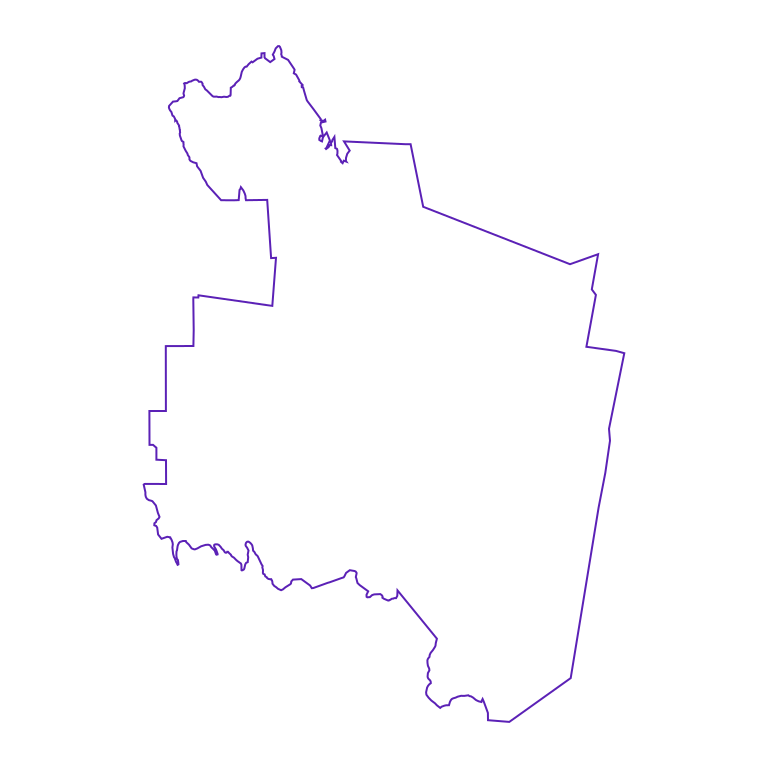 outline of Gómez Farías, Chihuahua, Mexico
{"feature_id": "50627088B93655982801806", "entity_name": "Gómez Farías", "entity_type": "district", "adm_level": 2, "iso_a3": "MEX", "parent_name": "Mexico", "parent_adm1": "Chihuahua", "projection": "equal_earth", "projection_center": [-107.821, 29.346], "detail": "fine", "context": "isolated", "style": "outline", "palette": "violet", "viewbox_px": 768, "rotation_deg": 0, "n_neighbors": 0, "source": "geoboundaries", "source_scale": "gbopen_adm2", "svg_char_len": 6033}
<svg xmlns="http://www.w3.org/2000/svg" viewBox="0 0 768 768"><path d="M598.1,254.2L570.0,264.2L423.2,206.8L410.6,144.2L405.4,144.2L344.0,141.4L349.7,150.6L347.3,153.7L346.6,155.9L346.0,157.9L345.9,161.0L346.3,161.6L343.8,160.7L342.6,163.2L341.1,161.9L341.3,161.7L341.0,160.8L337.0,155.0L337.4,153.9L337.5,150.9L337.1,149.1L336.9,148.8L335.3,148.1L334.4,136.9L332.3,140.2L332.1,141.6L330.9,142.0L331.2,145.2L329.7,145.1L328.6,147.1L326.1,149.0L325.7,148.5L326.3,148.2L329.9,140.5L326.7,132.5L323.5,136.5L322.8,137.9L322.0,141.4L320.8,140.9L319.3,139.9L319.3,138.3L320.3,135.9L320.8,135.6L321.7,136.1L322.8,135.2L321.4,128.1L320.3,125.5L320.9,122.6L325.5,121.5L325.1,119.7L323.2,121.1L322.2,120.6L321.2,120.7L320.4,120.2L320.8,119.2L320.7,119.0L313.3,108.9L307.5,101.3L306.7,99.9L304.0,90.7L303.1,87.3L301.8,87.2L301.7,85.7L302.6,85.0L299.4,81.5L299.6,81.3L299.0,79.8L296.1,74.6L293.8,73.3L294.6,69.8L294.2,69.0L288.1,59.9L281.8,56.7L281.7,55.5L281.2,54.2L281.5,52.7L281.3,50.2L279.9,46.8L279.2,46.1L278.0,46.1L275.7,48.4L274.5,51.5L272.8,54.7L273.7,56.1L274.5,59.0L270.2,62.1L265.1,58.3L264.5,57.2L264.5,53.1L261.5,53.4L261.4,57.6L257.5,58.7L252.6,62.3L251.5,61.6L248.7,64.1L246.6,66.7L245.5,66.7L244.5,67.4L243.1,69.3L241.8,71.8L240.7,76.6L240.3,78.0L239.6,79.4L238.8,80.4L237.0,81.9L235.3,83.6L234.7,85.1L234.2,85.6L233.7,85.5L232.4,86.8L230.8,87.7L230.6,95.0L230.3,95.7L229.7,95.6L227.9,96.8L226.4,97.0L224.0,96.7L221.5,97.2L219.6,97.0L218.6,97.1L216.6,96.6L213.9,96.7L212.6,96.2L206.8,90.4L205.3,89.3L203.8,86.5L202.8,85.4L202.5,84.8L202.6,83.7L201.7,82.2L201.0,81.7L199.0,81.8L198.1,80.7L197.0,79.9L195.9,79.6L194.7,79.7L192.2,80.7L191.2,81.4L189.8,81.6L188.8,81.9L186.7,83.2L185.0,83.0L184.1,83.5L184.5,84.3L184.7,85.5L184.8,88.3L183.7,92.4L183.5,93.7L184.1,95.5L183.8,96.6L183.2,97.2L179.5,98.2L177.4,101.0L176.0,101.3L173.0,101.6L169.1,105.9L168.9,107.4L169.2,108.6L170.1,110.4L171.4,112.0L172.5,115.6L173.8,116.4L175.1,118.9L175.2,120.8L175.9,120.2L176.6,120.8L177.2,121.9L177.3,122.8L179.1,125.6L179.0,126.5L179.3,127.0L179.7,129.6L180.0,129.9L179.9,130.8L180.1,132.6L179.7,133.6L179.9,135.6L181.6,140.5L182.1,141.2L182.8,141.5L183.5,142.1L183.4,143.3L183.6,144.3L183.5,146.4L185.7,150.8L187.4,153.5L187.8,155.0L189.3,157.1L189.5,158.0L189.4,159.2L189.9,160.2L190.5,160.9L193.2,162.3L196.5,163.2L197.1,166.3L200.6,170.9L203.1,177.8L205.8,181.7L207.3,185.0L221.1,200.2L233.5,200.3L238.7,200.1L239.5,190.5L239.6,189.8L240.4,188.9L240.9,187.2L243.3,190.4L244.8,193.7L245.5,196.0L245.6,198.4L246.0,200.2L267.2,199.9L271.1,258.1L276.0,257.8L272.3,305.9L198.5,295.3L198.3,297.5L193.4,297.4L193.3,299.3L193.7,330.2L193.4,346.0L165.8,346.1L165.9,411.0L149.4,411.0L149.5,444.9L153.1,444.9L156.4,447.8L156.4,459.7L166.0,460.2L166.1,484.0L145.6,483.9L144.5,484.0L143.7,484.6L145.4,492.2L145.4,494.8L145.8,496.8L146.8,498.7L148.8,500.1L151.1,500.7L152.4,501.2L155.9,505.5L157.9,512.9L159.5,516.9L158.7,518.4L156.5,520.2L156.0,522.0L154.4,523.3L154.3,525.3L156.2,526.0L157.2,527.6L158.1,534.5L161.5,538.8L167.2,536.8L170.2,537.3L170.4,538.3L170.8,538.4L171.5,539.7L172.5,542.3L172.8,544.3L172.4,547.5L173.1,553.9L174.0,557.1L174.7,558.1L176.1,562.0L176.5,562.5L177.6,564.8L178.4,564.4L178.3,562.7L177.9,560.0L176.9,558.7L176.7,557.7L176.4,555.8L176.4,553.3L176.5,551.4L177.0,550.3L177.6,546.2L178.0,544.9L179.0,542.9L180.1,541.9L182.9,541.0L185.8,541.0L186.2,542.1L188.9,544.6L191.5,548.2L192.1,548.6L194.1,549.3L195.1,549.3L197.4,548.4L201.1,546.3L204.3,545.3L205.6,544.9L208.2,544.7L209.5,545.1L210.3,545.6L211.3,547.2L213.2,549.0L214.8,550.7L216.1,554.4L216.6,554.7L217.6,554.4L217.6,553.9L216.0,549.5L214.2,546.5L214.1,545.4L214.3,544.8L214.8,544.5L215.9,544.3L217.1,544.3L218.7,544.8L220.6,546.8L221.9,548.7L223.6,550.2L224.8,552.2L225.5,552.7L226.4,552.7L227.0,552.3L227.2,551.8L228.0,551.8L229.1,553.1L230.9,554.7L231.1,555.4L231.9,556.4L234.0,557.7L235.9,559.7L237.5,561.1L240.9,563.5L241.4,564.8L241.5,570.2L241.8,570.4L242.7,570.2L243.9,569.4L244.3,568.6L245.2,564.6L245.6,563.7L246.2,562.8L247.7,562.2L248.2,557.2L247.7,554.7L248.5,550.5L247.1,547.7L245.8,546.0L245.5,544.9L245.9,543.1L246.5,542.3L247.1,541.8L248.0,541.6L248.6,541.7L250.2,542.8L251.4,544.1L252.2,545.3L252.4,546.1L252.9,548.5L253.0,549.9L253.2,550.8L254.3,551.8L255.8,554.5L256.4,554.9L257.7,556.2L261.7,564.7L262.5,565.7L262.6,566.3L262.3,567.2L263.0,570.0L262.9,573.0L263.3,573.9L264.6,574.4L265.3,576.4L266.8,577.3L267.1,578.0L267.8,578.5L268.4,578.9L269.8,579.2L271.2,579.2L271.4,579.9L272.0,580.4L272.4,582.1L272.5,583.7L274.2,585.9L276.3,587.3L278.0,588.8L281.1,590.2L282.9,589.4L285.4,587.3L290.5,584.1L291.0,583.3L291.3,581.4L293.0,579.6L301.3,579.1L310.1,585.5L311.8,588.2L313.4,588.0L327.8,582.8L329.6,582.3L341.4,578.1L343.6,577.4L344.3,576.5L346.1,572.9L349.8,570.2L354.5,571.0L355.6,571.5L356.5,572.7L356.6,573.4L355.8,577.1L356.3,578.3L357.5,583.0L359.7,585.1L368.2,591.3L366.5,594.8L366.6,596.8L367.3,597.3L369.9,597.1L372.1,595.1L374.2,594.4L380.3,594.1L381.7,595.1L382.4,596.1L382.6,596.9L382.4,597.7L384.0,598.8L388.0,600.5L388.9,600.5L389.3,600.0L390.4,599.8L391.1,599.2L392.0,598.7L393.1,598.7L394.3,598.1L396.1,598.1L397.3,595.8L397.5,590.4L436.9,638.7L435.8,643.0L435.5,645.7L435.0,646.8L433.0,650.0L430.7,652.8L429.8,654.7L429.6,655.6L429.5,656.9L428.5,658.0L427.8,659.1L427.4,660.3L427.5,663.0L427.9,665.7L429.2,668.6L429.4,670.3L427.9,673.1L427.6,676.5L427.8,677.6L428.4,678.7L430.2,680.5L430.7,681.7L430.8,683.2L429.2,684.4L428.0,685.9L427.1,687.6L426.1,692.3L426.4,694.7L428.6,697.7L431.3,700.5L435.0,703.3L436.9,705.3L440.2,707.9L441.6,706.7L444.3,705.7L446.0,705.3L449.0,705.2L449.9,702.0L450.8,700.2L451.7,699.1L453.0,698.4L455.7,697.6L457.6,696.7L461.1,695.8L464.2,695.9L468.4,695.3L469.4,696.1L470.9,696.3L473.1,697.6L475.8,699.9L477.3,700.7L478.9,701.4L481.4,702.0L481.6,701.0L482.6,699.0L483.8,701.7L487.9,712.9L488.0,720.2L509.3,721.9L570.7,678.1L598.6,507.6L605.3,472.9L610.0,440.7L609.0,428.8L624.3,353.2L616.0,350.9L586.4,346.8L595.9,294.9L591.8,289.4L598.1,254.2Z" fill="none" stroke="#5b21b6" stroke-width="2"/></svg>